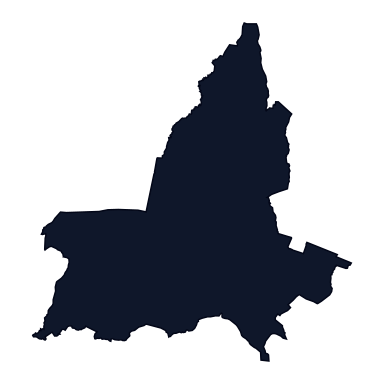 Amozoc, Puebla, Mexico
{"feature_id": "50627088B614653988957", "entity_name": "Amozoc", "entity_type": "district", "adm_level": 2, "iso_a3": "MEX", "parent_name": "Mexico", "parent_adm1": "Puebla", "projection": "albers", "projection_center": [-98.054, 19.064], "detail": "fine", "context": "isolated", "style": "filled", "palette": "ink", "viewbox_px": 384, "rotation_deg": 0, "n_neighbors": 0, "source": "geoboundaries", "source_scale": "gbopen_adm2", "svg_char_len": 5929}
<svg xmlns="http://www.w3.org/2000/svg" viewBox="0 0 384 384"><path d="M346.0,268.4L347.4,268.2L348.1,265.8L348.9,265.2L350.1,265.1L351.3,263.0L336.0,256.7L337.3,254.6L306.9,242.4L306.1,244.1L306.3,245.0L305.9,246.4L303.4,253.6L292.1,249.9L292.1,249.6L289.8,248.6L288.8,248.6L287.8,246.9L291.5,238.3L291.4,237.6L278.2,233.6L277.9,231.6L277.3,231.2L277.4,229.9L276.1,225.6L276.2,222.0L275.3,220.8L275.9,217.6L275.4,215.3L273.0,211.9L272.5,207.7L270.2,206.0L269.6,204.8L269.6,204.4L270.4,203.4L269.7,202.6L269.1,202.7L269.3,200.4L268.3,197.6L267.2,197.4L271.6,194.4L278.9,191.6L287.4,188.8L288.3,183.0L289.2,181.4L288.8,179.4L289.3,177.5L289.0,174.3L289.1,172.4L289.9,171.0L288.7,167.5L289.3,166.5L289.5,165.5L288.8,163.9L287.5,163.9L286.6,162.4L286.0,157.3L286.6,155.8L286.2,155.3L288.1,153.5L289.1,149.9L288.2,147.4L288.5,146.5L288.1,145.7L288.8,144.8L288.8,144.0L287.6,142.7L286.3,137.4L285.6,136.9L284.7,135.0L285.5,132.6L285.2,131.1L285.8,129.5L285.7,127.5L288.6,121.9L289.5,117.5L291.7,114.0L278.3,101.8L275.7,101.8L275.3,104.8L274.3,104.6L274.3,105.2L273.3,105.2L272.9,108.4L269.5,108.0L269.1,108.8L267.8,109.3L266.3,110.8L265.9,110.6L266.2,107.6L266.9,105.9L266.8,102.1L266.3,100.6L266.6,98.5L268.1,97.2L268.6,95.7L268.2,93.1L268.3,91.1L267.7,88.9L266.5,87.1L265.9,84.4L266.3,82.3L266.7,81.9L265.7,76.1L262.3,69.2L260.7,62.8L261.1,58.4L259.9,52.3L260.8,50.8L260.7,49.7L259.8,46.9L258.0,43.9L257.3,40.8L258.1,39.2L259.1,34.9L257.7,27.1L256.4,23.9L246.8,23.9L244.2,23.0L242.7,26.5L242.2,34.6L240.5,37.9L238.3,40.3L238.0,40.3L237.7,41.1L236.8,42.2L237.5,44.4L237.3,45.9L229.6,44.8L224.8,52.2L222.8,56.6L220.7,55.7L219.7,56.2L218.2,58.4L216.8,59.6L215.9,59.2L215.3,59.3L214.6,60.5L213.2,60.4L213.0,61.5L212.2,62.7L214.8,65.8L214.2,71.1L213.1,72.7L211.8,72.7L211.3,74.1L210.3,74.2L210.0,75.0L207.9,75.3L208.5,76.7L208.0,77.3L207.3,77.1L206.2,78.2L205.5,77.4L205.0,78.0L204.0,77.8L204.1,79.0L202.8,79.1L203.0,80.4L201.3,80.5L200.6,81.3L199.5,81.2L198.8,81.7L199.1,84.4L199.8,85.2L198.6,85.5L198.3,86.2L198.6,86.6L199.7,86.5L199.4,88.7L200.8,90.6L199.8,91.3L201.4,92.8L201.4,95.1L202.6,95.9L201.7,96.9L202.0,98.0L201.4,98.2L200.5,99.8L201.0,100.4L201.4,102.7L200.7,105.5L199.6,105.5L199.5,104.6L198.6,105.4L198.2,107.0L197.7,107.5L196.4,106.8L195.2,106.9L195.1,107.9L194.2,108.4L193.7,110.1L192.0,110.1L191.7,110.5L191.4,113.0L191.7,113.7L191.2,114.3L189.3,114.0L188.4,116.0L187.3,116.5L186.0,118.3L185.0,118.1L183.4,118.5L182.8,118.1L181.8,118.5L178.9,121.6L176.1,123.2L175.7,124.2L174.5,124.9L174.3,125.7L173.2,126.1L172.7,128.0L172.1,128.7L172.0,129.9L173.3,131.5L172.0,132.8L171.8,134.3L171.1,134.4L170.1,135.4L170.2,136.2L171.3,136.7L171.0,137.6L168.7,137.6L169.1,140.2L167.7,142.4L166.6,146.5L166.6,148.1L164.3,151.9L164.4,154.0L164.0,154.8L162.4,155.8L162.4,157.6L161.8,158.1L157.3,157.9L156.9,158.6L154.5,172.1L155.1,172.8L154.2,173.6L153.9,174.5L146.1,211.9L138.0,210.2L118.3,209.5L107.9,209.8L99.1,211.5L66.5,212.6L60.5,212.1L54.9,218.4L53.1,221.3L51.8,222.7L48.3,224.4L46.3,226.1L45.8,227.1L44.3,227.3L43.8,227.8L43.7,229.0L42.8,229.8L42.6,232.1L41.4,234.2L42.4,234.5L45.7,233.7L45.9,235.5L45.2,238.2L44.7,249.4L45.0,250.0L46.5,248.7L49.6,246.7L51.4,246.3L56.7,248.7L57.4,249.6L61.3,251.2L61.7,252.4L63.0,254.0L63.0,255.0L63.6,256.2L63.3,256.8L67.1,257.6L68.9,258.9L69.2,262.4L68.4,265.1L68.2,267.7L67.4,268.8L66.7,270.6L65.3,272.4L64.2,275.1L61.4,278.3L57.0,281.5L56.5,282.2L55.3,287.1L55.6,291.1L53.2,299.7L53.2,303.5L52.4,305.4L49.7,308.4L48.3,310.5L48.1,314.0L46.9,314.9L47.1,315.6L44.6,317.9L45.0,321.1L44.0,322.9L44.5,324.3L43.9,326.1L43.9,329.3L42.8,328.8L42.0,329.4L40.7,328.8L40.8,330.6L39.5,330.5L38.6,332.5L36.8,333.6L35.5,333.0L34.8,334.1L33.2,334.7L32.7,335.4L33.5,336.8L36.4,336.8L39.4,338.8L41.7,339.1L42.8,338.5L44.3,339.8L45.2,340.0L46.0,339.0L45.2,336.8L51.5,332.5L52.2,332.3L52.5,332.7L54.6,336.0L56.8,336.0L58.1,335.1L58.2,333.8L59.3,334.2L60.0,334.1L59.4,333.2L59.5,332.9L61.0,331.1L61.9,329.4L63.7,329.3L65.2,330.2L67.6,326.6L69.2,325.9L71.3,326.0L72.0,326.4L72.0,327.3L72.5,328.0L74.7,328.3L76.2,329.6L78.3,330.1L79.6,329.5L81.3,329.6L82.0,329.0L84.8,327.8L85.7,326.2L97.0,331.8L95.1,333.8L94.8,334.8L94.3,336.5L94.8,338.7L95.6,338.9L97.2,338.2L99.1,338.4L101.0,337.9L102.1,339.2L104.1,338.9L106.1,339.4L108.0,339.4L109.6,340.9L110.8,341.3L111.2,339.0L112.2,338.6L114.8,339.7L118.7,340.1L121.1,339.8L122.7,340.5L124.6,340.6L126.1,340.0L126.8,338.7L129.6,336.1L129.8,335.1L129.4,334.5L129.5,332.8L131.5,331.1L134.7,330.3L138.7,327.1L144.0,325.5L145.7,324.3L146.6,324.2L160.9,328.0L165.1,330.2L165.9,330.9L166.2,332.2L167.4,332.8L167.9,333.4L168.8,337.0L169.5,336.5L170.6,336.4L170.9,335.6L173.6,333.4L176.2,333.2L179.4,332.0L181.3,332.7L182.4,332.0L183.1,332.5L184.4,332.3L185.4,332.0L186.1,330.4L186.8,330.0L187.6,330.1L188.8,331.0L192.3,330.4L194.6,328.4L196.5,324.8L197.2,322.2L198.4,321.4L198.2,320.5L198.6,319.6L202.1,318.2L207.5,316.8L210.4,316.8L215.6,315.8L219.0,315.9L220.4,313.9L221.5,313.2L222.1,313.8L222.0,316.9L222.8,317.7L224.9,318.4L227.9,318.8L230.0,319.8L236.1,324.7L237.5,326.4L240.6,331.6L241.7,335.4L243.0,336.8L246.2,338.9L248.0,340.9L249.2,341.4L249.2,342.6L250.4,344.5L254.4,347.5L255.8,348.1L260.6,352.1L261.0,360.1L268.9,361.0L268.5,354.9L267.6,353.9L265.5,353.2L265.1,350.8L263.4,346.7L264.9,343.6L265.6,341.1L270.6,334.5L272.4,333.6L274.3,333.5L276.3,333.9L280.9,336.1L283.1,338.1L286.4,339.0L284.6,334.8L285.0,332.8L283.8,331.7L283.8,330.3L282.4,327.1L282.4,325.7L275.3,319.9L275.2,317.6L277.7,314.1L279.9,315.5L281.0,313.9L287.7,310.4L290.5,307.6L288.1,304.7L293.1,300.2L296.3,296.7L298.8,294.8L299.5,294.7L306.2,298.9L313.7,301.6L317.0,303.5L317.6,303.6L321.4,301.2L329.7,294.8L331.6,291.6L332.1,288.4L330.8,286.5L330.6,285.0L331.0,284.3L330.4,282.4L330.9,278.2L330.7,275.3L330.8,274.9L331.9,274.7L332.1,273.0L333.0,272.0L332.7,271.0L334.6,268.9L334.6,268.1L335.4,266.5L336.2,266.1L336.4,265.3L346.0,268.4Z" fill="#0f172a" stroke="#020617" stroke-width="1.5"/></svg>